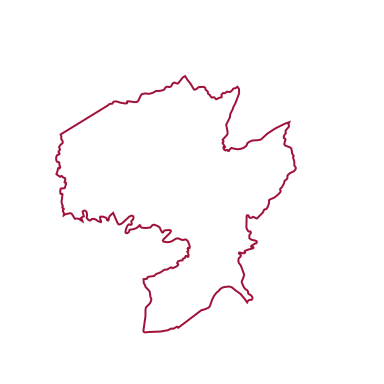 Concepcion, Ocotepeque, Honduras (orthographic projection), rotated 325°
{"feature_id": "27666195B60118725213626", "entity_name": "Concepcion", "entity_type": "district", "adm_level": 2, "iso_a3": "HND", "parent_name": "Honduras", "parent_adm1": "Ocotepeque", "projection": "orthographic", "projection_center": [-89.206, 14.517], "detail": "fine", "context": "isolated", "style": "outline", "palette": "rose", "viewbox_px": 384, "rotation_deg": 325, "n_neighbors": 0, "source": "geoboundaries", "source_scale": "gbopen_adm2", "svg_char_len": 5997}
<svg xmlns="http://www.w3.org/2000/svg" viewBox="0 0 384 384"><g transform="rotate(325 192 192)"><path d="M173.8,314.1L175.5,313.3L176.4,313.2L177.4,313.4L178.7,314.4L179.4,314.5L180.2,314.1L180.9,313.3L181.2,312.0L181.1,310.6L179.8,307.7L180.9,305.1L180.8,304.0L180.0,302.2L179.9,300.8L180.1,298.2L180.7,295.4L181.1,294.3L181.8,293.5L184.6,291.9L187.3,289.7L189.8,280.4L189.7,277.3L190.0,275.8L191.8,273.4L192.7,273.0L194.4,272.9L195.5,272.2L195.8,271.1L195.2,269.7L195.4,269.0L195.9,268.7L196.4,268.9L197.8,270.8L199.7,272.1L200.7,272.1L201.1,270.8L201.7,270.6L205.0,271.4L209.8,273.2L210.4,272.9L210.6,272.3L210.3,271.8L209.2,271.3L209.1,270.7L209.6,270.2L213.6,270.3L215.3,270.9L216.4,270.2L216.7,269.5L216.5,268.8L213.4,265.2L212.6,263.6L212.5,262.7L214.1,260.4L216.4,259.5L217.1,258.8L217.1,257.7L216.0,257.1L215.6,256.4L215.6,254.7L215.9,253.0L216.7,251.6L223.0,243.0L223.9,242.7L224.6,243.3L224.7,243.9L224.4,245.5L224.9,246.7L225.9,247.2L227.9,247.4L229.3,250.1L230.0,250.9L230.5,250.9L238.4,249.4L240.8,247.9L241.6,247.9L242.8,248.6L244.1,248.3L246.0,247.3L248.9,245.1L250.3,243.0L250.8,242.7L256.4,243.8L260.8,243.5L264.0,242.9L265.2,242.1L265.5,240.7L266.0,240.1L268.3,239.6L270.7,238.6L272.0,237.9L274.4,235.9L276.7,235.9L277.7,235.6L278.5,234.9L279.4,233.5L280.4,233.0L283.3,232.7L287.3,233.5L289.9,232.8L291.0,231.5L291.1,228.9L293.3,225.7L294.7,221.5L296.0,220.7L296.1,218.1L298.3,213.5L298.0,211.9L294.9,207.2L295.0,205.7L298.8,202.5L298.9,201.8L298.2,200.4L299.0,199.2L300.4,198.3L302.5,197.7L303.4,196.0L304.1,195.3L308.8,194.1L309.3,193.5L310.0,191.6L311.7,190.6L307.6,189.4L296.6,187.7L287.1,187.4L278.5,188.6L275.3,187.1L271.1,184.5L267.6,183.7L265.2,183.8L263.6,185.1L262.5,185.4L259.3,185.4L256.4,184.5L253.9,183.2L251.2,180.6L249.6,178.5L248.0,178.7L245.5,179.5L245.1,179.1L245.3,178.3L245.0,177.7L244.4,177.4L243.5,177.3L243.1,177.0L242.7,175.6L242.9,174.1L243.7,173.2L244.0,173.3L244.2,174.3L245.0,174.1L245.1,169.5L245.4,169.1L246.3,169.0L246.9,168.6L247.0,166.8L253.1,165.4L254.4,164.8L255.6,163.2L258.6,156.5L265.9,152.6L266.9,151.3L268.7,149.7L272.9,147.5L274.7,146.1L278.6,144.1L286.5,138.7L287.7,137.4L289.4,134.9L289.6,134.1L289.5,131.8L287.3,131.9L285.0,131.0L283.3,131.7L280.6,132.0L278.1,129.8L275.7,130.0L274.0,128.7L272.0,129.2L270.6,131.4L268.0,130.3L265.7,130.2L264.9,129.8L264.6,127.4L263.9,126.6L262.5,126.1L262.1,125.2L262.2,122.8L261.6,120.6L262.5,118.7L261.9,116.2L262.0,115.4L262.6,114.3L262.3,113.2L261.0,112.0L257.6,109.9L254.6,110.2L252.9,109.7L252.4,109.2L252.9,102.6L252.6,97.6L252.8,93.1L250.1,92.9L242.9,95.1L241.9,94.5L240.7,92.6L239.5,92.0L238.0,92.1L236.2,93.2L235.2,93.5L233.7,93.1L232.2,91.6L231.2,91.2L229.8,91.3L228.1,92.1L227.1,92.1L223.5,90.7L220.6,88.6L217.3,88.4L213.8,87.3L212.6,86.6L210.2,84.4L207.2,83.1L206.4,83.2L204.8,83.9L200.2,86.5L198.3,86.6L196.3,85.3L192.7,81.8L191.2,80.7L190.5,80.8L190.2,81.7L189.7,82.0L188.2,81.3L184.7,77.9L181.9,74.3L179.7,73.1L179.0,73.2L177.4,73.9L175.4,72.8L174.3,72.6L172.5,72.8L117.4,69.5L116.8,71.6L115.3,73.6L115.3,75.6L114.5,77.4L113.8,77.8L111.5,77.9L109.1,78.8L108.6,79.5L108.5,80.8L108.1,81.6L107.4,82.0L106.2,82.1L105.6,82.6L105.4,83.2L105.6,84.2L105.3,84.8L104.4,85.0L103.2,84.5L102.3,84.6L101.0,85.4L99.9,86.6L99.1,88.1L98.8,89.6L99.1,90.4L100.0,91.1L100.1,91.9L98.9,93.7L98.6,95.4L98.2,96.2L97.0,96.7L96.7,96.4L96.5,95.7L96.1,95.7L92.7,98.6L91.2,99.5L91.2,99.9L92.6,103.8L93.0,104.1L94.0,103.9L94.5,104.2L94.9,106.4L95.9,107.8L95.9,108.4L94.7,109.7L93.2,110.8L93.2,111.3L94.0,112.0L93.7,112.9L90.2,115.7L89.6,115.7L86.4,113.9L84.4,115.8L83.3,117.9L83.6,118.5L84.5,118.9L84.6,119.6L79.5,125.2L78.5,127.5L78.3,129.2L77.2,129.9L76.8,130.4L76.8,131.0L77.4,131.7L77.3,132.3L76.9,132.7L75.9,132.8L75.4,133.2L75.1,134.1L75.0,135.8L73.5,137.6L75.2,137.5L79.7,139.3L80.5,139.9L81.0,141.4L80.7,146.7L82.1,147.4L83.8,148.9L85.5,153.2L86.1,151.5L86.1,149.7L87.8,149.5L89.4,149.9L91.1,145.4L92.3,145.1L93.5,145.7L94.1,146.8L94.1,148.3L92.8,150.7L90.9,152.8L91.1,155.5L92.2,157.0L94.6,156.7L96.5,158.0L97.2,159.0L98.3,161.9L100.0,164.4L100.6,164.1L101.5,161.2L102.2,159.9L102.7,159.6L104.8,161.0L106.7,163.6L106.9,165.0L106.3,166.5L106.8,167.2L107.7,167.1L108.8,165.6L111.1,164.4L115.4,163.9L113.3,174.2L113.2,175.9L113.8,177.0L115.4,177.4L117.3,177.5L126.3,176.2L128.4,176.5L129.5,177.2L129.9,178.3L129.3,179.6L128.0,180.7L126.2,180.9L125.4,181.3L124.3,183.7L123.1,183.9L122.1,182.7L121.5,182.3L119.8,182.6L117.4,184.0L115.4,185.7L114.4,186.8L114.4,187.9L115.4,188.6L117.2,188.6L117.9,188.3L118.7,187.4L119.3,187.2L122.1,188.6L125.3,189.6L127.7,189.6L130.0,189.1L130.5,189.8L129.8,190.9L130.0,191.8L131.6,193.5L134.3,195.5L137.6,197.2L140.2,196.5L141.4,196.6L142.3,197.2L143.8,199.3L145.2,202.1L144.3,207.6L144.5,208.2L145.2,208.5L146.6,207.8L147.9,207.9L151.4,210.0L152.2,210.7L152.5,211.5L152.0,212.2L150.1,213.0L141.5,214.4L140.2,215.2L140.3,216.4L142.6,218.7L145.2,220.2L147.5,220.8L151.6,221.0L153.8,221.7L156.3,225.5L157.4,226.3L159.1,226.9L159.9,227.8L160.4,229.2L160.0,231.8L158.8,235.7L157.8,236.5L156.7,235.5L155.9,235.8L155.7,237.6L155.1,238.1L153.9,238.2L153.8,239.7L153.2,241.3L152.0,242.8L151.1,242.6L151.0,241.4L150.4,240.9L149.6,241.0L148.3,241.9L146.1,241.5L145.1,242.5L142.4,241.2L140.7,240.8L139.1,241.7L139.0,242.2L139.3,243.1L139.1,243.6L137.4,244.2L132.6,243.4L132.2,243.1L132.0,242.1L131.7,241.7L126.6,241.1L125.8,240.3L124.5,239.8L120.3,239.8L115.5,238.6L112.8,239.1L108.0,236.6L106.7,236.3L105.7,237.1L105.1,237.2L102.3,235.6L100.3,238.9L100.1,241.2L99.5,243.1L100.2,247.5L100.1,249.7L97.7,254.2L97.3,256.4L96.0,257.7L93.4,259.2L88.1,260.1L86.3,261.9L82.6,267.1L72.5,277.9L72.3,279.0L72.7,279.7L73.4,280.3L76.5,282.0L86.1,288.2L93.0,291.4L96.6,291.9L98.3,293.3L102.3,293.7L103.0,294.5L102.9,295.3L132.0,294.2L134.1,295.1L138.2,296.1L139.9,296.2L141.4,295.6L146.5,291.9L150.3,289.8L154.1,288.6L157.3,288.3L159.5,287.7L161.5,287.7L163.6,288.2L168.2,290.7L169.9,292.8L171.3,297.8L173.3,303.4L173.9,310.8L173.8,314.1Z" fill="none" stroke="#9f1239" stroke-width="2"/></g></svg>